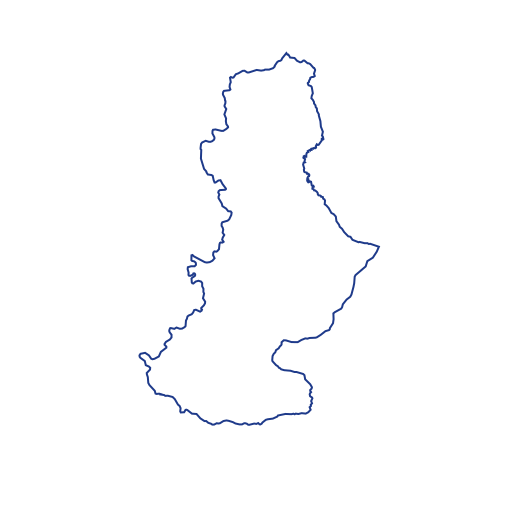 Policarpa, Nariño, Colombia, rotated 50°
{"feature_id": "7082276B31672425369097", "entity_name": "Policarpa", "entity_type": "district", "adm_level": 2, "iso_a3": "COL", "parent_name": "Colombia", "parent_adm1": "Nariño", "projection": "orthographic", "projection_center": [-77.503, 1.734], "detail": "fine", "context": "isolated", "style": "outline", "palette": "blue", "viewbox_px": 512, "rotation_deg": 50, "n_neighbors": 0, "source": "geoboundaries", "source_scale": "gbopen_adm2", "svg_char_len": 6147}
<svg xmlns="http://www.w3.org/2000/svg" viewBox="0 0 512 512"><g transform="rotate(50 256 256)"><path d="M263.3,401.9L258.9,403.2L256.7,407.3L257.2,409.1L258.4,409.9L259.7,410.0L265.0,408.7L268.8,410.6L271.8,409.1L273.6,408.9L274.9,410.2L275.4,414.9L276.6,415.7L279.2,416.7L284.0,420.1L286.5,420.6L294.2,420.2L296.8,421.4L297.7,420.9L299.2,418.7L300.8,417.6L300.9,418.0L303.4,415.8L304.8,415.4L306.3,413.4L310.4,410.5L313.4,410.2L319.7,411.3L321.7,410.9L324.1,411.6L326.3,413.9L327.5,414.2L329.5,411.5L328.6,408.9L328.9,408.2L329.9,407.6L335.6,406.4L338.8,403.1L344.6,403.0L349.3,401.6L350.5,400.2L353.1,399.8L355.7,398.2L357.0,397.9L358.2,396.5L358.9,393.5L360.0,392.7L360.9,391.2L361.5,387.0L363.0,384.3L364.8,382.8L368.4,380.5L371.1,379.4L374.5,376.8L376.0,375.0L376.5,372.7L377.0,371.9L378.6,370.8L380.1,370.5L380.9,369.8L383.2,365.1L384.9,363.6L385.4,361.7L387.2,361.5L387.8,361.0L388.1,359.5L387.7,358.1L387.8,353.8L388.6,352.0L391.4,347.6L392.7,342.9L392.3,341.7L395.9,335.0L399.9,330.6L400.9,328.7L402.1,328.1L402.3,326.9L404.3,325.1L405.7,322.1L408.7,319.2L409.3,316.4L408.9,313.0L406.3,312.1L406.2,310.3L405.1,309.6L404.9,307.8L402.6,307.0L401.3,304.3L400.5,304.0L398.2,304.7L396.5,303.8L395.9,302.9L395.7,301.3L394.2,301.2L393.5,300.6L393.3,298.6L392.5,297.5L389.1,296.9L382.1,297.6L378.4,295.5L376.7,295.7L370.8,299.6L369.7,301.0L366.1,303.3L361.6,307.8L358.9,309.6L357.4,309.7L356.3,310.3L354.7,310.1L352.4,310.8L347.2,311.0L346.2,310.5L343.3,307.6L342.3,305.2L342.2,303.2L341.0,301.2L341.3,298.0L340.6,295.9L340.5,294.0L340.1,293.2L338.5,291.8L338.4,288.9L339.9,287.3L344.8,284.1L348.8,279.4L349.5,275.2L350.8,271.2L352.4,269.7L353.2,267.7L356.8,263.0L357.4,261.7L358.0,257.2L358.2,251.1L359.7,247.7L359.6,246.7L358.7,245.7L357.0,240.2L354.3,237.2L349.7,233.6L349.7,231.7L351.1,224.6L350.6,223.0L348.8,220.5L347.6,214.6L347.8,210.0L346.9,207.7L342.4,201.3L340.0,198.3L335.3,193.7L334.6,192.0L334.5,178.7L331.5,174.0L332.4,167.6L330.3,160.7L327.9,155.9L320.0,160.7L319.4,161.8L317.7,162.5L316.1,164.5L311.8,167.6L311.4,168.6L305.6,171.7L302.0,171.3L300.2,172.7L294.4,173.1L290.4,172.6L287.5,173.1L285.4,172.3L281.0,172.0L277.1,169.5L273.9,169.6L271.5,170.6L266.0,169.5L262.6,169.6L260.5,170.1L257.9,167.5L256.6,167.2L255.2,167.7L253.8,166.9L252.5,168.0L252.0,167.7L250.9,168.0L249.7,169.1L248.5,169.0L247.6,168.3L246.1,168.1L243.9,168.5L243.1,169.3L241.9,169.0L240.7,169.6L239.7,168.5L240.1,167.2L239.0,166.9L238.5,167.7L237.7,167.9L234.5,166.1L233.1,166.9L233.5,167.9L233.2,168.6L231.9,168.6L230.8,168.1L231.4,167.2L230.9,166.5L229.4,166.7L228.8,165.4L229.0,164.1L228.3,163.1L227.7,162.9L227.2,163.5L226.6,163.1L225.7,164.1L224.8,163.5L222.9,164.9L222.2,164.8L220.6,163.8L220.0,162.8L216.3,161.2L215.1,159.5L215.7,158.3L214.9,158.3L213.3,156.1L211.4,156.6L210.9,156.3L211.0,155.5L210.3,155.2L210.4,154.6L211.8,154.4L212.3,153.7L210.4,152.0L209.6,150.7L210.0,149.1L208.9,148.8L209.3,146.8L209.9,146.7L209.6,146.2L210.4,145.3L209.4,144.7L210.0,143.5L210.6,143.2L210.4,142.5L211.4,141.5L211.1,141.0L211.6,140.6L211.5,140.2L210.2,139.4L209.5,137.6L210.7,137.3L211.1,136.5L209.8,131.5L208.4,130.2L208.6,129.8L209.8,129.7L209.8,129.2L207.4,128.0L206.2,128.1L203.8,124.9L198.7,123.2L194.1,120.0L188.8,117.6L187.9,116.8L184.3,116.1L182.0,114.5L180.5,114.6L178.8,113.6L176.5,113.5L175.3,112.6L172.9,112.1L170.8,112.2L169.2,110.4L167.9,107.9L162.4,104.7L161.1,104.7L159.0,106.0L157.2,105.5L156.7,105.0L156.8,103.7L155.7,102.4L155.4,101.1L154.4,99.8L154.7,98.4L155.8,96.7L155.9,95.3L153.6,94.4L151.7,91.3L151.1,90.9L149.3,90.6L148.9,91.0L143.9,91.1L142.2,91.8L141.5,92.6L137.4,93.3L136.7,94.1L136.7,96.4L136.0,97.7L132.8,99.1L129.1,99.2L125.9,102.3L123.2,101.8L122.8,102.1L122.3,101.9L121.8,102.5L120.1,102.3L121.4,108.9L122.2,110.6L122.1,111.8L121.2,113.5L121.1,115.2L122.3,119.4L122.9,119.9L123.1,122.2L121.6,126.2L119.0,129.3L118.8,130.4L117.3,132.9L113.9,135.9L110.8,143.5L109.8,144.7L106.7,145.7L105.6,147.2L104.7,152.2L103.8,154.6L104.8,158.5L104.3,159.4L102.7,160.2L102.7,161.3L106.6,163.6L107.7,165.7L109.5,167.6L112.0,168.6L112.0,169.7L108.9,174.4L109.2,175.6L110.3,177.0L111.2,177.6L114.9,178.4L117.1,179.8L117.7,179.8L119.3,181.3L120.4,183.3L121.2,183.9L124.3,184.3L127.2,189.2L131.4,190.5L133.3,192.4L136.0,194.0L138.8,194.2L139.5,194.7L139.6,197.0L139.1,200.6L138.0,202.0L133.0,205.7L131.7,207.8L132.2,208.9L134.1,210.6L138.2,211.5L139.0,212.0L139.9,213.3L139.9,215.7L139.3,217.4L138.2,218.7L135.4,220.5L134.4,224.3L134.8,226.0L137.4,228.8L138.4,229.7L139.5,229.7L146.0,235.6L155.9,239.8L159.3,239.7L160.1,240.2L162.6,240.5L165.3,238.1L166.7,237.6L170.7,239.7L173.1,240.5L173.7,239.8L174.0,236.3L175.1,234.5L179.4,235.4L185.0,235.7L185.5,236.2L185.4,237.1L182.3,241.3L182.3,242.9L183.1,244.1L185.4,244.6L186.4,246.5L187.6,247.5L193.8,248.5L196.2,249.7L200.5,248.4L203.8,248.5L205.6,246.7L207.1,246.8L208.7,248.6L210.7,253.0L210.7,255.1L208.5,260.1L209.0,261.4L210.8,263.0L212.8,263.3L214.8,264.2L216.7,266.6L219.5,266.8L220.5,269.6L221.7,271.4L224.3,271.7L224.2,273.0L222.9,274.4L222.8,275.2L223.5,276.4L227.0,280.0L227.4,282.6L227.2,283.6L225.7,284.9L225.9,286.4L227.7,288.3L231.1,289.2L231.6,292.4L231.0,295.3L229.4,297.9L227.8,299.2L216.4,303.8L214.4,304.0L214.0,305.0L217.7,308.2L218.8,308.1L220.2,306.9L221.8,306.5L222.7,306.6L224.2,307.7L224.4,309.6L222.1,312.4L220.8,315.4L222.1,316.8L225.4,318.3L227.1,319.9L228.0,320.0L228.9,319.2L229.7,316.5L229.1,315.1L229.8,314.3L230.7,314.3L231.5,314.8L232.0,315.8L231.6,318.6L231.8,319.9L235.0,322.2L236.0,322.3L236.8,321.7L236.8,318.6L238.0,316.0L240.3,314.5L242.1,314.6L244.6,316.7L247.3,317.3L249.7,319.4L251.4,319.9L254.3,323.8L258.3,324.3L259.5,325.5L260.3,327.7L260.6,331.3L261.4,332.0L262.3,331.8L262.9,332.8L262.7,334.6L258.5,336.6L257.7,338.1L258.9,340.5L259.3,342.7L258.3,345.9L258.3,347.4L259.7,349.3L260.4,351.1L264.4,355.0L264.6,356.4L264.1,359.3L262.8,361.1L259.7,362.9L259.3,365.4L256.4,367.6L256.1,368.3L257.1,370.1L257.9,370.8L259.1,371.2L262.0,371.3L264.1,373.1L264.6,375.7L263.9,380.2L264.6,382.6L265.2,383.1L267.8,382.9L268.6,383.6L268.3,390.5L270.5,395.0L269.5,399.8L268.5,401.7L267.3,402.3L263.3,401.9Z" fill="none" stroke="#1e3a8a" stroke-width="2"/></g></svg>